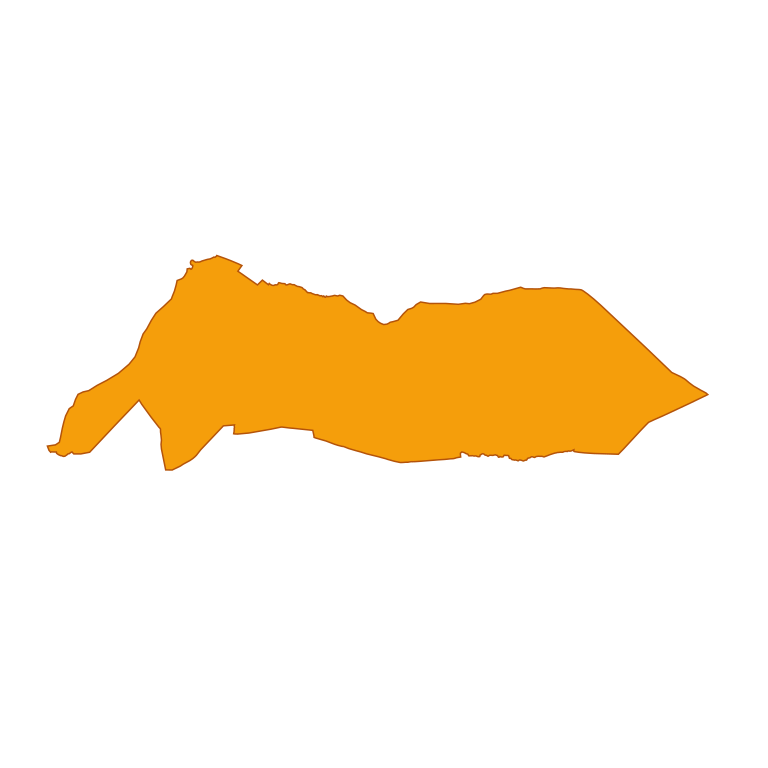 outline of Patrauti, Suceava, Romania, rotated 100°
{"feature_id": "2599482B36922885866950", "entity_name": "Patrauti", "entity_type": "district", "adm_level": 2, "iso_a3": "ROU", "parent_name": "Romania", "parent_adm1": "Suceava", "projection": "mercator", "projection_center": [26.182, 47.734], "detail": "fine", "context": "isolated", "style": "filled", "palette": "amber", "viewbox_px": 768, "rotation_deg": 100, "n_neighbors": 0, "source": "geoboundaries", "source_scale": "gbopen_adm2", "svg_char_len": 6113}
<svg xmlns="http://www.w3.org/2000/svg" viewBox="0 0 768 768"><g transform="rotate(100 384 384)"><path d="M503.6,704.7L507.5,702.4L508.4,701.3L508.8,700.7L509.1,700.5L508.6,699.7L507.9,694.8L509.1,694.4L510.1,692.4L510.7,690.0L510.6,688.8L511.0,687.3L510.6,685.8L508.8,683.9L507.7,683.1L507.3,681.9L505.7,680.4L505.1,679.5L506.7,677.4L505.5,670.4L502.3,662.0L472.2,642.3L442.3,622.4L446.0,619.1L457.1,607.6L465.7,598.1L466.5,596.9L467.2,596.3L470.2,595.7L473.3,594.7L477.9,593.4L482.1,593.1L486.6,591.9L506.5,584.1L505.5,577.7L500.1,570.2L497.7,567.7L493.3,562.1L490.8,559.5L488.5,557.6L486.8,556.4L480.6,553.1L453.1,534.9L450.3,524.2L450.7,524.3L451.7,524.1L452.9,523.7L453.5,523.8L454.2,523.8L455.0,523.5L455.6,523.6L456.2,523.4L459.1,523.4L459.1,522.3L458.7,519.4L455.7,508.4L448.1,487.4L444.3,477.9L444.1,476.6L443.7,469.1L443.4,465.7L442.0,446.1L447.2,444.0L448.7,443.6L449.1,441.6L450.2,431.2L450.7,428.6L451.9,422.4L452.4,418.7L452.7,414.7L452.6,412.9L453.7,407.4L454.5,400.3L455.0,394.9L455.8,389.0L456.6,376.9L457.3,369.2L457.6,367.4L458.3,360.3L458.5,354.2L458.0,351.8L457.3,349.1L456.9,346.9L455.8,343.9L455.6,342.6L455.0,339.7L453.8,334.8L449.2,317.2L447.8,311.4L447.0,308.5L446.2,305.8L445.5,302.8L445.0,301.6L444.0,299.7L443.4,298.1L442.6,295.8L439.9,296.6L439.2,296.7L438.8,296.7L438.5,296.5L438.2,296.2L437.7,295.8L437.4,295.6L437.4,295.3L437.6,293.2L437.7,292.6L438.1,291.9L438.4,290.7L438.5,289.5L438.6,289.2L439.2,288.7L439.8,288.3L440.0,288.0L440.0,287.6L439.7,286.7L439.6,285.7L439.3,284.9L439.2,284.4L439.3,283.8L439.3,283.0L439.2,282.2L439.0,281.8L438.9,281.3L438.9,280.7L439.2,279.3L439.2,278.7L439.1,277.8L438.8,277.1L438.4,277.0L437.4,277.1L437.2,277.0L436.9,276.4L436.1,275.7L435.8,275.2L435.5,274.6L435.7,273.3L436.4,272.3L436.5,271.8L436.4,270.8L436.5,270.4L436.8,270.0L437.0,269.4L437.0,268.9L436.7,268.5L436.2,268.0L435.8,267.4L435.7,266.9L435.4,264.3L435.2,263.9L434.4,262.1L434.4,261.7L434.7,261.1L434.7,260.0L434.8,259.7L435.9,258.9L436.1,258.6L436.2,258.2L436.1,257.9L435.5,257.5L435.3,257.3L435.3,257.1L435.5,256.2L435.4,255.2L435.1,254.1L434.6,253.7L433.6,253.6L433.4,253.4L433.1,252.6L433.2,251.6L432.9,250.3L432.9,249.6L432.9,248.9L433.3,248.8L434.0,248.2L434.8,247.9L435.3,247.6L435.4,247.1L435.2,246.3L435.3,246.1L436.1,245.2L436.3,244.6L436.2,243.9L436.3,242.2L436.1,241.9L436.0,241.0L436.2,239.2L436.4,238.7L436.2,238.3L435.4,237.6L435.2,237.1L435.3,235.1L435.5,234.3L435.6,233.4L434.2,231.0L434.2,230.4L433.8,230.2L432.4,229.7L431.9,229.0L431.3,227.5L430.1,226.2L429.9,225.7L429.9,225.0L430.1,224.0L430.2,223.0L430.0,222.6L429.5,222.2L429.0,221.5L428.4,219.7L428.2,218.7L428.2,217.7L427.9,216.9L427.8,215.2L428.0,214.4L428.0,213.7L426.8,211.6L424.6,208.0L422.5,204.0L421.8,202.2L421.3,201.2L421.0,199.8L420.6,198.7L420.3,196.8L420.1,195.9L419.5,195.3L419.0,194.1L418.7,193.0L418.7,192.4L418.6,191.6L418.1,191.2L417.9,190.7L417.9,189.8L417.6,188.3L415.8,185.6L417.0,185.6L417.4,185.1L417.5,184.6L417.4,180.0L417.0,174.5L416.0,165.4L412.6,141.9L412.5,141.0L406.2,136.7L385.7,123.5L379.6,119.4L375.8,116.8L372.0,111.4L367.2,104.2L350.6,80.5L338.2,63.3L337.0,65.2L336.0,68.1L335.1,71.0L332.3,78.7L329.9,83.5L327.3,87.9L326.5,89.7L325.3,93.1L322.7,102.6L302.5,132.8L269.0,183.9L264.0,192.0L260.1,199.0L257.8,203.8L257.2,205.4L257.0,206.4L257.1,208.3L257.6,212.4L257.9,216.2L258.3,218.6L258.7,223.6L258.8,227.1L259.2,229.9L259.7,231.7L260.1,233.6L261.3,242.8L262.0,244.7L263.2,246.8L264.1,251.2L264.7,255.3L265.8,261.2L265.6,263.4L265.1,265.4L265.0,266.3L270.0,276.7L271.4,280.3L275.0,288.0L275.8,292.4L277.0,294.2L277.5,298.2L278.3,300.2L279.5,301.2L283.7,303.4L287.6,308.6L290.1,313.8L290.4,317.9L292.6,324.6L294.0,337.4L296.8,353.1L296.9,362.2L300.2,366.1L303.2,368.1L304.6,369.8L306.5,373.5L311.5,377.1L315.3,379.3L318.8,381.3L321.1,386.1L322.1,388.6L323.3,389.8L324.5,391.4L325.5,394.6L324.8,397.9L323.6,400.6L321.6,403.3L316.5,406.9L316.5,409.2L316.8,412.8L315.9,414.9L314.6,419.2L311.3,426.1L309.8,431.5L307.8,435.4L304.5,439.7L304.4,440.5L304.3,442.2L304.3,443.1L305.3,444.7L305.4,445.1L305.3,447.7L305.3,448.0L305.8,449.2L306.5,450.5L306.6,451.2L307.2,452.5L307.4,453.5L307.8,454.4L307.8,454.7L307.4,455.8L307.4,456.1L308.3,456.3L308.7,456.7L308.8,456.9L308.7,457.3L307.8,458.5L307.8,458.8L308.0,458.9L308.5,459.1L308.6,459.4L308.6,459.7L308.1,460.2L307.9,460.8L307.9,461.3L308.2,461.8L308.2,463.1L307.8,463.8L307.8,464.1L307.9,464.4L307.6,465.0L307.6,465.3L307.6,465.5L307.9,466.1L308.0,467.1L307.3,471.0L307.0,471.6L306.9,472.0L307.0,472.5L307.1,472.8L307.2,474.2L307.1,474.6L307.3,475.0L306.8,475.7L306.6,476.2L305.9,476.9L305.4,477.7L305.1,477.9L305.0,478.1L304.5,479.6L304.3,480.1L304.1,480.4L303.6,480.9L303.3,481.4L303.1,482.4L302.8,484.8L302.9,485.4L302.9,486.3L302.6,487.3L302.5,487.6L302.3,488.5L302.0,489.0L301.8,489.7L301.9,490.2L302.1,491.5L301.9,492.8L301.8,493.2L301.7,493.8L302.0,494.7L302.6,495.6L303.2,496.7L303.3,497.0L303.3,497.4L303.4,497.8L302.6,498.8L302.4,499.0L302.7,501.9L302.7,502.4L302.5,503.9L302.5,504.6L302.5,505.2L302.9,505.5L304.3,505.9L304.5,506.1L304.7,506.3L304.9,506.7L305.1,507.2L305.2,508.4L306.0,509.5L306.2,510.3L306.2,511.1L306.2,511.6L306.1,512.0L305.6,513.1L305.3,514.2L305.0,514.5L306.3,515.1L302.8,521.8L308.4,525.8L298.3,547.5L292.0,544.5L290.9,548.6L289.2,556.1L288.1,561.6L286.5,571.0L287.3,571.3L288.1,572.0L288.6,572.5L288.5,573.4L288.6,573.7L289.6,574.9L291.0,577.0L292.0,579.7L294.5,584.7L295.1,585.5L295.9,586.9L296.1,587.5L296.2,588.8L296.8,590.6L296.4,591.7L296.1,592.4L295.3,593.8L295.7,595.1L297.0,595.7L298.2,595.7L299.6,595.1L300.2,594.2L300.3,593.1L300.8,592.8L301.6,592.8L303.0,593.0L304.0,593.4L304.5,594.0L303.8,595.3L304.8,597.8L307.8,597.6L312.5,599.3L314.5,600.5L315.7,601.8L318.0,605.7L322.8,605.9L328.9,606.5L335.0,607.8L337.1,608.1L346.1,614.7L353.9,620.9L361.8,624.2L370.9,627.2L376.5,629.9L384.6,631.4L391.0,631.9L400.5,633.9L408.8,638.5L419.6,647.4L428.6,657.7L435.1,666.2L441.8,673.6L444.1,679.0L447.3,683.5L452.7,685.1L459.5,686.2L462.9,689.7L470.7,692.0L477.1,692.7L483.4,693.1L493.0,693.3L497.8,693.6L501.0,697.0L503.6,704.7Z" fill="#f59e0b" stroke="#b45309" stroke-width="1.5"/></g></svg>